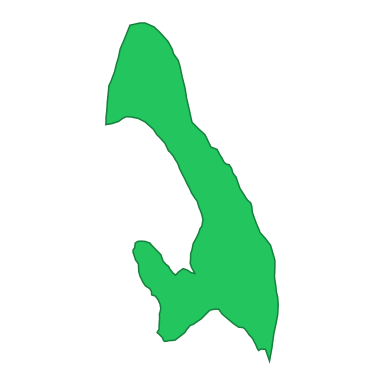 the district of Lokoja, Kogi, Nigeria
{"feature_id": "59680162B326996000256", "entity_name": "Lokoja", "entity_type": "district", "adm_level": 2, "iso_a3": "NGA", "parent_name": "Nigeria", "parent_adm1": "Kogi", "projection": "equal_earth", "projection_center": [6.483, 8.245], "detail": "fine", "context": "isolated", "style": "filled", "palette": "green", "viewbox_px": 384, "rotation_deg": 0, "n_neighbors": 0, "source": "geoboundaries", "source_scale": "gbopen_adm2", "svg_char_len": 3348}
<svg xmlns="http://www.w3.org/2000/svg" viewBox="0 0 384 384"><path d="M105.8,124.6L112.0,123.6L118.6,121.4L122.5,118.5L126.0,116.7L131.6,117.0L134.0,117.6L138.4,118.5L145.2,122.0L153.3,129.2L156.8,134.6L159.9,137.7L165.0,143.4L167.1,147.8L168.5,150.9L170.1,152.2L173.2,155.9L175.0,159.1L176.2,161.0L177.6,163.2L177.9,164.0L178.5,165.4L179.5,168.5L181.8,173.2L184.8,178.9L187.4,184.5L189.7,188.6L191.4,192.7L194.2,197.1L197.2,201.2L199.3,208.1L200.7,211.2L201.9,215.0L203.0,219.7L201.9,226.0L200.4,228.3L200.0,228.8L198.8,232.6L196.5,237.6L193.2,243.6L192.1,249.3L190.6,254.0L190.6,258.7L190.2,263.4L191.6,267.5L194.9,273.5L191.0,272.6L187.6,270.2L183.2,268.6L178.8,271.7L175.5,275.1L172.9,272.9L169.9,269.1L168.5,266.3L165.7,264.1L163.1,261.2L160.8,254.6L156.1,249.9L151.9,245.5L149.8,243.0L145.1,241.4L140.9,241.1L137.7,241.4L135.3,243.0L134.9,245.5L134.6,248.0L133.2,249.6L133.0,252.1L134.9,257.8L135.6,260.0L137.4,262.5L138.4,264.1L138.6,268.5L138.8,271.9L140.2,276.6L143.0,282.3L145.6,286.1L148.2,287.6L150.0,288.9L151.4,291.4L151.7,294.9L153.5,295.5L155.4,296.1L158.2,299.9L160.1,304.3L160.8,308.7L160.1,311.8L159.4,314.0L159.6,318.1L159.1,325.0L159.1,329.1L157.1,332.6L159.4,334.5L162.4,337.6L163.3,340.1L164.5,341.4L167.3,341.1L169.6,340.5L172.0,340.5L175.2,340.1L178.7,337.3L180.8,335.7L184.8,332.6L187.1,329.1L190.2,325.4L193.2,324.4L197.6,321.3L201.2,318.9L208.6,311.4L210.6,309.9L214.4,309.3L218.6,309.1L222.2,314.1L233.6,323.7L234.1,324.1L235.3,324.9L237.3,326.2L238.7,327.2L243.0,327.6L244.8,328.8L247.1,331.8L249.2,334.9L252.3,338.1L255.5,344.1L257.4,348.6L258.6,350.5L261.2,349.0L265.5,349.4L269.5,361.0L272.1,346.8L272.4,343.8L272.8,341.1L273.8,333.9L276.2,322.7L277.7,314.7L278.2,304.6L277.7,297.4L276.3,291.4L275.9,286.7L274.7,278.8L274.5,276.3L274.9,266.9L274.9,262.2L274.9,260.3L272.2,250.9L270.5,245.2L265.3,238.4L260.0,232.5L259.1,229.8L257.8,226.9L256.7,224.4L254.8,219.4L252.6,213.0L252.5,212.9L252.5,212.7L252.3,212.4L252.3,212.2L252.0,208.8L251.8,206.7L251.8,206.4L251.7,206.3L251.6,205.7L250.9,203.7L250.8,203.4L250.7,203.0L250.7,202.9L250.6,202.7L250.3,202.5L250.1,202.3L248.7,201.2L247.7,200.3L247.6,200.2L246.1,198.2L245.9,197.9L244.7,195.9L244.2,195.0L244.1,194.9L244.0,194.7L240.7,189.6L240.0,188.4L239.9,188.3L239.9,188.2L237.4,181.2L237.3,180.9L236.6,178.8L236.2,177.4L236.1,177.2L234.9,175.7L233.0,173.3L232.9,173.2L232.1,170.2L231.5,168.3L231.5,168.2L231.4,168.1L229.2,164.8L229.2,164.7L227.5,164.4L226.5,164.1L226.4,164.1L224.3,162.6L224.2,162.4L223.6,161.3L222.4,159.0L222.2,158.6L222.2,158.4L221.8,157.8L221.0,156.6L219.9,154.8L219.8,154.7L219.7,154.5L217.8,150.9L217.1,149.4L216.9,149.3L214.6,148.4L211.1,147.2L210.9,147.0L207.9,140.8L207.8,140.6L207.2,139.3L207.2,139.2L204.9,134.7L203.7,133.5L199.7,129.9L199.4,129.6L199.2,129.5L192.1,122.4L192.0,122.2L191.2,118.7L191.1,118.3L188.6,106.9L186.8,99.2L186.6,98.2L186.5,97.9L186.4,97.1L186.0,94.5L185.0,87.9L184.9,87.7L184.6,86.4L182.2,76.9L182.1,76.6L180.7,69.6L180.7,69.4L180.0,66.4L178.2,60.4L174.6,55.3L173.5,53.8L172.3,49.4L170.1,45.3L168.1,41.6L164.2,37.2L159.3,31.8L157.1,29.8L153.9,26.8L145.1,23.0L139.7,23.0L134.1,24.3L130.0,25.2L123.7,40.9L120.2,48.9L118.4,57.6L116.3,64.5L114.6,71.7L112.6,77.0L110.9,81.5L108.9,85.6L108.4,91.5L107.4,100.9L106.8,110.4L106.0,117.9L106.0,123.4L105.8,124.6Z" fill="#22c55e" stroke="#15803d" stroke-width="1.5"/></svg>